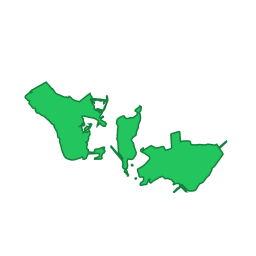 the district of Medalaii, Koror, Palau, rotated 230°
{"feature_id": "81905179B66298370942195", "entity_name": "Medalaii", "entity_type": "district", "adm_level": 2, "iso_a3": "PLW", "parent_name": "Palau", "parent_adm1": "Koror", "projection": "albers", "projection_center": [134.462, 7.336], "detail": "fine", "context": "isolated", "style": "filled", "palette": "green", "viewbox_px": 256, "rotation_deg": 230, "n_neighbors": 0, "source": "geoboundaries", "source_scale": "gbopen_adm2", "svg_char_len": 5856}
<svg xmlns="http://www.w3.org/2000/svg" viewBox="0 0 256 256"><g transform="rotate(230 128 128)"><path d="M215.8,94.8L218.9,78.1L218.7,76.6L217.7,77.5L217.1,77.5L217.8,75.7L218.3,75.3L218.5,72.7L218.5,70.3L218.0,69.4L217.3,68.8L216.1,68.8L214.6,69.1L213.6,68.9L211.9,70.0L210.4,67.9L207.1,68.1L205.3,67.9L204.2,68.1L203.3,68.5L202.7,69.5L201.4,69.1L200.9,68.2L198.3,67.8L196.4,69.3L193.4,70.0L190.8,71.3L184.5,72.2L179.9,72.4L177.5,73.3L176.8,72.3L171.1,71.2L169.6,70.6L166.0,68.4L164.3,68.8L163.4,68.7L162.7,67.7L160.8,66.6L155.9,64.4L154.5,63.5L148.4,61.4L146.6,61.1L144.8,61.2L143.9,61.6L142.2,62.5L139.5,64.5L137.7,67.2L137.3,68.6L136.5,70.3L136.2,71.5L135.6,72.5L135.3,74.3L133.7,74.1L132.9,73.6L132.2,74.3L131.7,76.4L133.8,80.8L127.5,89.0L126.3,89.3L125.5,88.8L125.0,88.1L124.9,86.9L125.1,86.1L126.3,83.2L125.6,82.4L121.6,87.3L121.4,88.5L123.8,90.3L124.7,92.6L124.3,93.7L125.1,95.3L125.8,95.8L127.8,95.5L127.5,96.8L128.3,97.6L129.0,97.0L129.6,95.9L130.7,92.2L131.2,91.4L132.6,89.8L132.7,88.5L131.3,86.7L131.8,85.5L135.2,82.3L137.0,83.6L138.4,83.0L139.2,83.7L140.4,84.4L141.1,85.9L142.0,86.8L144.0,86.7L143.4,88.2L145.3,91.3L146.7,91.8L147.0,93.6L147.7,95.0L149.7,96.1L150.3,96.7L151.1,96.4L151.0,95.4L151.0,93.7L152.8,92.8L153.1,91.9L152.9,90.7L153.9,91.3L155.4,91.4L158.9,93.3L160.2,92.0L160.1,94.5L160.7,96.0L160.3,97.8L162.0,98.2L163.9,99.6L165.1,99.6L165.9,100.0L166.6,100.7L165.8,101.7L159.2,106.7L157.2,108.4L152.9,110.1L150.4,107.5L150.2,106.7L149.2,105.6L149.4,108.1L149.9,108.7L149.8,109.7L148.0,109.5L146.1,110.0L145.0,110.5L144.0,111.6L145.2,114.2L147.2,114.1L151.4,112.4L152.1,112.9L152.6,113.8L152.1,115.9L152.2,116.3L152.9,116.5L153.3,116.1L153.3,114.4L153.8,113.3L154.1,112.9L154.9,113.2L155.2,113.8L155.6,116.1L156.9,119.4L157.5,122.2L162.1,130.2L165.6,132.6L166.2,132.5L166.2,132.1L165.0,131.1L163.5,130.3L163.1,129.9L163.2,129.5L165.7,127.0L168.0,125.2L169.6,123.3L171.9,121.3L172.8,120.2L173.1,119.6L173.0,119.3L172.6,119.3L171.6,120.1L170.1,120.6L169.8,121.1L169.8,121.7L169.1,122.6L168.0,123.4L166.5,124.1L165.0,126.4L164.4,126.8L163.8,126.9L162.5,125.1L162.2,125.0L162.2,125.9L163.0,127.4L163.1,128.1L162.2,128.8L161.8,128.8L160.5,126.8L159.3,123.5L157.6,120.9L158.2,119.8L162.1,117.3L162.8,115.8L158.2,118.2L157.4,117.8L157.5,116.7L158.1,116.0L158.9,116.3L160.1,116.0L163.6,114.3L164.5,114.5L166.5,116.2L167.3,116.4L169.2,116.2L171.4,116.9L168.7,118.1L169.6,118.8L171.0,118.7L172.2,118.0L174.0,117.6L173.9,119.5L174.6,120.2L177.3,120.4L178.8,121.1L179.1,119.6L179.4,108.0L179.8,107.4L182.2,105.6L185.0,104.0L187.8,103.9L190.1,103.3L189.7,101.5L191.2,101.0L191.7,99.9L192.6,99.1L200.8,94.9L206.5,95.4L206.5,94.9L215.8,94.8ZM54.0,194.5L54.4,194.9L54.8,194.9L54.6,185.2L55.4,185.1L58.5,185.5L59.1,183.4L63.8,179.3L64.4,178.5L65.7,175.8L69.3,172.3L71.2,169.4L74.5,165.6L77.6,166.9L78.7,166.4L79.6,165.6L82.8,161.5L83.9,159.4L91.6,165.0L92.5,164.9L95.7,157.4L95.3,156.5L85.2,149.1L84.7,148.3L84.7,147.3L85.8,144.5L87.0,142.4L90.8,143.3L91.5,142.7L94.0,137.4L95.0,136.4L99.6,134.4L100.9,126.9L100.9,124.2L101.9,126.3L102.9,126.7L103.1,125.8L103.1,123.7L102.3,123.0L101.5,122.9L98.0,124.4L93.2,125.8L92.2,125.8L90.7,125.2L90.1,124.0L89.2,118.6L89.3,113.9L90.3,108.8L88.1,107.4L85.7,106.6L84.0,105.5L83.0,105.4L82.3,106.0L81.3,107.6L80.1,108.1L78.1,106.4L77.6,105.5L77.8,102.6L77.1,101.1L76.0,100.8L75.4,101.4L74.6,103.4L73.4,105.0L72.9,106.0L75.3,111.3L74.6,111.8L72.8,109.7L71.2,110.1L71.2,113.6L70.2,118.3L70.1,120.3L69.3,121.4L69.2,122.5L68.5,123.6L65.8,123.6L65.1,124.0L64.2,125.7L60.9,127.8L59.7,128.2L59.0,127.9L57.8,128.0L56.9,128.3L56.0,128.0L55.9,126.6L55.5,126.3L55.2,126.4L54.7,128.8L52.8,131.3L52.2,131.4L51.2,130.8L50.3,130.6L49.9,129.8L49.8,128.4L50.2,127.1L50.2,126.4L49.9,125.2L49.8,122.2L49.3,121.8L49.0,122.1L49.1,126.9L48.7,130.3L48.3,130.8L42.3,131.3L41.6,131.9L42.6,132.0L49.7,131.5L50.6,132.0L50.0,133.0L43.1,133.4L41.7,133.7L40.8,134.1L39.5,135.4L37.5,138.1L37.1,139.8L37.2,140.9L38.2,143.3L39.2,146.9L38.4,149.5L38.3,150.8L39.6,156.6L39.6,159.5L41.4,164.0L42.1,165.4L43.2,166.3L43.0,168.9L43.2,170.2L46.8,183.9L48.5,184.5L53.6,184.9L54.0,194.5ZM103.2,100.7L102.0,99.2L101.1,98.7L100.1,98.6L99.1,98.8L98.1,100.2L97.7,101.3L98.7,102.7L100.3,104.2L102.7,105.4L104.0,107.2L104.2,108.1L101.8,110.2L101.2,111.5L101.4,113.1L102.4,116.8L103.1,117.7L104.1,118.6L109.4,120.5L112.3,122.1L113.2,122.4L115.6,122.5L116.7,122.9L117.3,124.3L117.6,125.8L117.4,129.5L119.9,132.5L121.5,135.8L122.1,136.6L123.8,138.0L126.2,142.6L127.8,144.1L129.8,145.6L130.9,146.1L132.7,146.4L132.7,147.7L133.1,148.9L133.8,149.9L135.6,151.8L137.4,151.2L136.8,149.3L137.2,146.4L137.1,145.3L136.6,144.5L133.4,145.3L133.0,144.3L132.3,143.0L132.6,138.3L134.5,136.5L135.1,134.6L135.7,133.6L136.3,132.9L137.4,132.4L139.7,132.8L140.3,132.1L140.7,131.1L141.6,127.3L141.6,126.2L141.4,125.4L140.6,124.0L139.5,122.9L138.8,121.9L137.1,122.0L136.3,121.8L135.2,121.0L133.3,118.7L131.4,117.3L130.0,115.6L128.3,114.3L126.7,112.3L125.0,111.9L124.0,111.5L115.8,105.3L114.8,104.9L110.5,104.8L108.0,104.5L107.5,103.6L124.9,103.5L124.5,102.7L105.8,102.6L105.1,101.8L103.2,100.7ZM153.9,98.2L154.8,98.4L155.9,97.4L155.5,96.1L155.4,94.6L155.0,93.7L153.7,93.2L153.1,93.6L152.8,94.4L152.9,96.4L152.1,97.9L152.7,98.8L152.9,99.9L153.8,101.7L154.4,99.8L153.9,98.2ZM92.0,98.4L92.8,98.3L93.7,98.6L95.4,99.4L97.3,99.8L97.7,99.1L97.6,98.3L97.0,97.2L96.2,97.0L95.4,97.7L95.0,97.7L94.2,97.1L93.2,97.6L92.7,97.6L91.6,96.8L91.2,97.0L91.5,97.9L92.0,98.4ZM158.8,94.7L158.2,95.5L158.1,96.6L159.1,97.3L159.7,96.7L159.8,95.1L158.8,94.7ZM97.6,107.4L97.4,106.8L96.9,106.6L96.5,106.7L96.1,107.1L96.1,107.5L96.3,107.8L97.0,108.0L97.6,107.4ZM84.5,100.8L83.9,101.0L83.8,101.8L84.3,102.3L84.7,102.1L84.8,101.2L84.5,100.8ZM155.3,101.4L156.0,100.7L155.4,100.8L155.3,101.4ZM154.8,102.2L155.1,102.4L155.7,102.7L155.2,102.1L154.8,102.2Z" fill="#22c55e" stroke="#15803d" stroke-width="1.5"/></g></svg>